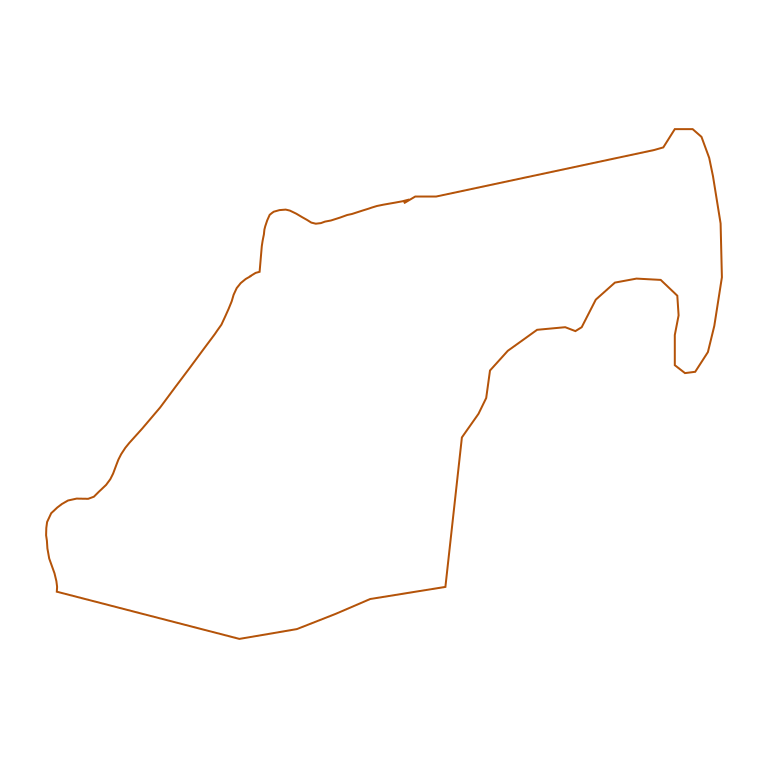 Sauzay, Choiseul, Saint Lucia (Mercator projection)
{"feature_id": "8701671B61982793358866", "entity_name": "Sauzay", "entity_type": "district", "adm_level": 2, "iso_a3": "LCA", "parent_name": "Saint Lucia", "parent_adm1": "Choiseul", "projection": "mercator", "projection_center": [-61.034, 13.778], "detail": "fine", "context": "isolated", "style": "outline", "palette": "amber", "viewbox_px": 768, "rotation_deg": 0, "n_neighbors": 0, "source": "geoboundaries", "source_scale": "gbopen_adm2", "svg_char_len": 1558}
<svg xmlns="http://www.w3.org/2000/svg" viewBox="0 0 768 768"><path d="M654.2,150.0L436.3,196.5L415.3,196.5L404.0,203.2L406.6,200.2L402.3,201.3L394.7,202.7L389.5,203.6L383.3,204.7L376.9,206.0L372.0,207.5L368.5,208.7L362.7,210.5L351.9,214.0L347.2,215.0L340.0,217.6L330.9,220.5L325.0,221.6L320.9,223.1L315.8,223.7L311.3,222.6L307.0,219.9L302.2,217.2L296.3,213.7L289.9,210.6L287.4,210.0L285.7,209.6L279.5,210.1L273.8,211.7L272.2,212.8L269.7,214.8L267.2,220.4L265.2,226.4L264.4,229.6L263.9,234.4L263.2,237.8L262.6,240.9L261.8,246.1L259.6,271.8L255.6,272.9L249.4,276.7L251.3,275.8L245.7,279.0L240.7,283.1L236.7,288.1L233.6,294.8L231.7,301.3L228.6,308.9L225.1,316.7L221.4,324.7L217.2,330.6L214.9,334.0L203.1,349.8L189.2,368.6L175.2,387.2L160.2,407.4L142.1,428.7L129.4,442.8L125.4,447.7L121.2,454.1L118.4,459.6L116.5,464.5L113.1,473.6L110.3,479.2L106.1,484.9L98.8,491.8L93.9,496.7L88.2,498.8L81.9,498.7L76.6,498.6L68.0,500.5L61.9,504.0L57.3,507.5L51.2,513.2L47.1,522.0L46.3,528.0L46.1,535.3L46.9,540.7L47.4,548.4L49.2,558.5L54.5,573.3L56.4,581.2L56.9,585.2L57.1,586.9L56.9,590.2L56.8,591.7L239.4,638.9L296.8,629.1L335.8,613.8L370.2,599.0L445.4,586.9L461.9,437.4L478.5,413.8L486.2,398.0L490.0,370.5L507.8,350.8L537.1,329.8L565.2,327.2L575.4,331.1L581.7,327.2L595.8,299.6L614.9,282.6L636.5,278.6L660.7,279.9L677.3,295.7L678.6,315.4L674.8,335.0L674.8,365.2L685.0,373.1L695.2,371.8L707.9,352.1L714.3,325.9L721.9,277.3L720.6,223.5L713.0,176.3L709.2,157.9L701.5,136.9L692.6,129.1L674.8,129.1L663.3,147.4L654.2,150.0Z" fill="none" stroke="#b45309" stroke-width="2"/></svg>